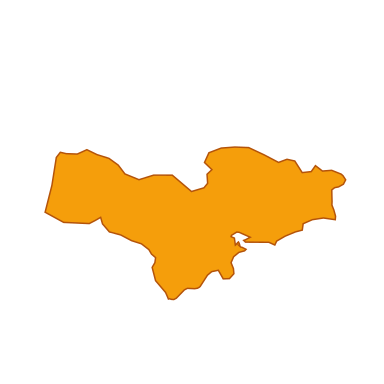 SVG path tracing the border of Nord, rotated 134°
{"feature_id": "HTI-1387", "entity_name": "Nord", "entity_type": "Department", "adm_level": 1, "iso_a3": "HTI", "parent_name": "Haiti", "parent_adm1": "", "projection": "natural_earth1", "projection_center": [-72.317, 19.567], "detail": "fine", "context": "isolated", "style": "filled", "palette": "amber", "viewbox_px": 384, "rotation_deg": 134, "n_neighbors": 0, "source": "natural_earth", "source_scale": "10m", "svg_char_len": 1528}
<svg xmlns="http://www.w3.org/2000/svg" viewBox="0 0 384 384"><g transform="rotate(134 192 192)"><path d="M112.4,69.7L119.4,79.4L128.3,86.2L137.6,90.0L142.8,86.2L148.9,89.9L159.0,94.3L168.5,97.0L172.6,95.6L174.8,101.8L190.9,118.7L190.9,121.2L189.3,120.4L184.1,118.7L188.3,130.2L189.8,132.0L195.7,133.5L197.0,132.9L195.7,129.5L200.1,123.9L199.0,123.8L196.8,124.0L195.7,123.9L195.8,123.4L196.5,121.7L197.3,120.4L197.8,121.2L197.8,118.7L197.0,117.5L195.7,113.3L197.8,113.3L202.8,116.3L209.6,117.1L215.7,114.8L218.3,109.0L221.7,105.1L228.3,104.9L232.8,109.2L230.0,118.7L235.6,122.5L241.1,123.1L254.3,120.5L255.5,120.6L257.4,121.2L259.7,122.9L264.5,128.4L267.7,129.5L279.3,129.5L282.0,130.4L283.5,132.2L284.5,134.1L285.4,134.6L283.8,138.3L282.6,141.3L281.1,156.6L273.9,168.3L268.6,169.6L264.5,172.6L264.8,178.0L263.4,183.0L264.4,192.4L269.0,201.7L272.4,213.4L278.1,223.7L277.1,234.2L273.7,240.1L279.9,241.9L286.1,244.0L303.0,263.2L308.6,283.6L284.5,297.4L261.4,313.6L254.9,314.3L251.8,309.1L244.4,300.9L234.6,297.0L231.1,286.3L225.5,275.1L223.9,263.8L225.6,252.8L220.0,238.7L206.5,231.3L193.6,217.9L192.0,192.7L185.6,189.1L180.7,186.3L174.9,186.8L168.8,193.5L162.1,193.2L162.1,203.5L152.0,207.1L140.1,201.5L129.9,192.4L120.7,182.1L115.2,166.0L110.6,150.3L102.5,146.4L98.3,139.6L101.5,126.2L94.5,120.4L87.3,121.5L86.3,112.7L79.4,106.6L75.5,97.1L75.4,94.7L76.5,89.9L81.2,88.5L86.5,90.1L89.8,92.4L93.4,92.9L97.7,88.6L101.5,84.7L104.2,82.3L106.4,77.5L109.7,71.9L112.4,69.7Z" fill="#f59e0b" stroke="#b45309" stroke-width="1.5"/></g></svg>